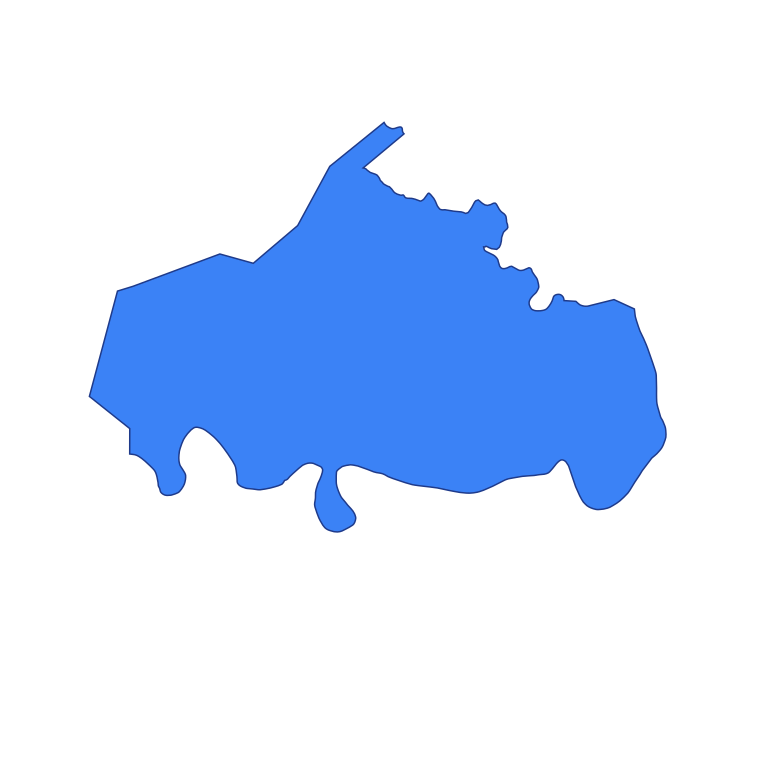 outline of San Manuel, Cortés, Honduras, rotated 52°
{"feature_id": "27666195B93491027211902", "entity_name": "San Manuel", "entity_type": "district", "adm_level": 2, "iso_a3": "HND", "parent_name": "Honduras", "parent_adm1": "Cortés", "projection": "albers", "projection_center": [-87.892, 15.375], "detail": "fine", "context": "isolated", "style": "filled", "palette": "blue", "viewbox_px": 768, "rotation_deg": 52, "n_neighbors": 0, "source": "geoboundaries", "source_scale": "gbopen_adm2", "svg_char_len": 6170}
<svg xmlns="http://www.w3.org/2000/svg" viewBox="0 0 768 768"><g transform="rotate(52 384 384)"><path d="M282.6,627.5L284.9,625.2L286.4,623.8L288.3,622.6L290.4,621.7L293.6,620.7L297.6,619.8L304.5,618.7L308.5,618.2L310.5,618.1L311.7,618.2L313.3,618.5L315.1,619.1L317.3,620.0L320.2,621.5L322.5,622.7L325.3,624.5L326.0,624.7L327.2,624.9L328.2,625.1L330.2,626.0L331.2,626.4L332.0,626.5L333.2,626.4L335.0,625.9L336.7,625.0L338.2,623.6L340.0,621.0L340.7,619.8L342.1,616.0L342.7,613.7L342.9,612.6L342.8,611.2L342.1,608.2L341.0,605.1L339.9,602.9L338.7,601.2L337.0,599.2L335.5,597.8L333.9,596.6L332.8,596.1L331.1,595.7L327.9,595.3L323.1,594.9L321.9,594.6L320.7,594.1L318.5,593.0L315.9,591.2L313.6,589.2L310.9,586.5L309.1,584.1L306.5,580.1L304.4,576.3L303.3,573.4L302.2,569.5L301.4,564.6L301.4,561.6L301.6,560.3L301.9,559.5L302.5,558.5L303.3,557.6L305.5,555.8L307.9,554.3L310.5,553.2L315.1,551.9L320.7,550.7L324.6,550.2L329.9,549.8L335.8,549.8L343.1,550.1L351.6,550.8L356.0,551.5L358.2,552.2L360.9,553.6L366.3,556.8L368.6,558.4L370.5,559.8L371.3,560.2L372.3,560.5L374.0,560.5L375.9,560.0L378.0,559.0L381.1,557.0L382.0,556.2L386.0,552.0L389.8,548.3L391.1,546.7L393.7,542.1L396.0,537.5L397.7,533.5L399.0,530.2L399.9,527.0L400.1,525.8L399.7,523.9L398.8,521.7L399.4,520.1L399.6,518.6L398.9,515.1L398.5,510.8L398.0,503.0L397.9,498.2L398.7,494.9L399.6,492.7L400.4,491.4L401.4,490.1L402.5,489.0L403.3,488.4L409.5,485.1L410.2,484.8L411.2,484.6L412.3,484.7L413.3,484.9L414.0,485.3L415.6,486.9L417.7,489.9L419.6,493.1L421.2,496.4L421.9,497.6L425.3,502.4L427.4,504.8L431.6,508.2L433.2,509.8L435.1,511.9L436.4,513.0L438.4,514.1L444.2,516.2L449.4,517.8L452.3,518.4L457.5,519.1L459.9,519.1L461.2,519.0L462.4,518.7L463.8,518.2L465.3,517.4L466.8,516.4L469.6,514.3L470.9,512.9L471.9,511.8L473.2,509.6L474.0,507.4L474.7,503.9L475.5,499.5L475.9,495.5L475.7,494.0L475.0,492.3L473.9,490.6L472.6,489.1L471.5,488.3L469.4,487.5L468.0,487.1L464.9,486.7L461.8,486.8L457.1,487.2L453.5,487.2L448.2,487.4L446.4,487.3L443.9,486.8L440.5,485.9L438.1,485.1L435.5,484.1L433.2,482.9L431.6,481.8L427.0,478.2L424.5,476.0L423.9,475.4L423.4,474.2L423.2,472.0L423.3,467.9L423.7,466.7L424.9,463.9L427.0,460.2L428.9,458.2L432.5,455.1L441.3,449.5L446.7,446.3L449.0,444.6L452.0,441.8L453.8,440.4L456.0,439.2L459.5,437.8L463.9,435.2L474.8,428.0L480.7,423.7L482.6,422.0L485.5,419.2L493.6,411.0L498.8,405.9L508.1,398.1L512.1,394.6L516.3,390.8L520.6,386.3L522.8,383.6L524.8,380.6L526.6,377.3L527.5,375.2L528.9,371.2L529.9,367.4L531.5,361.1L534.1,347.9L534.6,346.2L535.3,344.3L537.8,339.5L541.9,331.9L545.7,326.1L548.5,322.0L550.9,317.7L553.7,313.3L554.4,311.8L554.8,310.7L555.2,309.0L555.1,307.2L554.4,303.3L552.9,297.0L552.6,294.4L552.6,292.9L552.8,291.6L553.2,290.7L553.8,290.0L555.2,289.1L556.9,288.6L558.2,288.6L561.8,288.9L563.2,289.3L582.9,296.2L592.6,298.6L596.6,299.3L599.7,299.6L602.0,299.4L604.7,299.0L607.0,298.2L609.0,297.2L611.1,295.9L613.4,294.1L614.7,292.7L616.1,290.6L617.8,287.8L619.4,284.3L620.2,281.8L620.7,278.4L621.2,274.0L621.3,270.1L620.9,264.9L620.5,261.9L620.1,259.1L619.2,256.0L615.8,246.9L613.0,238.4L611.3,233.9L607.9,221.1L607.4,219.3L607.2,218.2L607.1,214.8L606.9,211.9L606.1,207.3L605.5,205.0L604.8,203.2L603.8,201.2L601.2,197.0L599.5,194.7L597.3,192.8L593.8,190.4L592.1,189.4L590.5,188.7L585.7,187.3L584.0,186.9L581.4,186.6L579.9,186.2L570.5,182.4L567.7,181.1L565.7,179.9L562.8,177.8L559.9,175.6L555.1,171.8L544.9,164.2L543.4,163.3L541.9,162.6L539.1,161.5L532.4,159.1L517.9,154.2L514.6,153.2L508.1,151.5L499.9,149.7L495.1,148.1L489.6,146.1L485.7,144.5L484.1,143.6L479.0,140.5L459.1,150.8L448.1,175.5L446.9,177.2L445.8,178.4L444.3,179.6L442.6,180.7L440.6,181.3L437.0,181.9L429.1,190.8L428.0,190.1L426.9,189.6L425.7,189.3L424.6,189.3L423.4,189.5L422.4,189.9L421.5,190.5L420.6,191.5L419.9,192.7L419.4,194.1L419.3,195.0L419.4,196.2L419.8,197.0L420.9,198.6L422.0,200.3L423.3,203.1L424.3,206.2L424.6,207.6L424.9,209.3L424.8,210.7L424.4,212.2L423.6,213.9L422.5,215.8L421.1,217.7L419.9,219.1L418.8,220.1L417.5,220.9L416.3,221.5L415.4,221.6L413.8,221.5L411.5,220.9L410.5,220.5L409.8,220.0L408.8,219.2L408.1,218.3L407.2,216.7L406.6,214.9L406.0,211.9L405.7,208.5L405.4,207.2L404.5,205.0L403.9,203.8L403.3,202.8L402.6,202.1L400.8,201.0L398.7,200.0L396.9,199.2L395.4,198.7L393.9,198.5L390.5,198.4L386.9,198.1L385.0,197.4L383.8,197.2L383.2,197.3L382.6,197.5L382.1,197.8L381.6,198.3L380.1,204.0L379.2,205.7L378.3,206.9L377.7,207.4L376.9,207.9L370.1,210.8L369.7,211.1L368.9,212.7L368.4,215.3L367.5,217.6L366.7,218.8L365.7,219.8L364.3,220.3L362.4,220.3L358.2,218.7L356.2,217.8L354.4,217.6L352.5,217.7L351.0,218.0L349.5,218.5L342.5,221.9L340.8,222.4L339.9,222.3L337.3,221.1L338.2,219.9L338.2,218.9L339.3,218.1L341.2,217.3L343.5,216.0L347.3,212.3L347.2,208.9L345.8,206.2L343.5,203.4L341.0,201.1L338.6,197.5L337.9,196.1L337.6,193.4L337.5,191.4L336.8,190.0L334.3,188.5L331.9,187.7L330.2,186.5L327.4,184.9L326.0,184.5L323.9,184.6L321.0,185.4L319.7,185.6L317.3,185.6L311.4,184.7L309.8,185.1L308.9,186.6L308.3,189.5L307.0,192.5L305.0,194.2L302.4,195.2L300.3,195.7L299.1,195.9L297.0,196.4L296.1,199.0L296.5,200.8L298.9,206.2L300.3,210.5L300.7,212.3L299.8,214.7L297.8,215.8L295.9,217.2L290.8,222.6L284.2,228.7L282.8,230.7L281.7,231.7L280.9,232.2L280.4,232.4L278.1,232.4L276.4,232.3L271.6,231.0L268.4,230.5L263.9,230.6L261.7,230.9L261.1,231.4L261.0,232.2L262.8,238.5L262.9,240.5L262.5,242.4L261.9,243.0L257.7,245.6L255.6,247.2L254.5,248.2L252.2,251.0L250.9,252.1L250.3,252.3L249.6,252.5L247.8,252.3L247.0,252.4L246.4,253.1L245.9,254.2L245.0,255.0L242.5,256.7L240.2,257.7L238.4,258.0L235.3,257.9L232.6,258.2L231.7,258.4L230.7,259.2L227.3,260.7L225.5,261.3L224.4,261.1L222.8,261.4L221.4,261.5L220.6,261.4L219.4,261.0L218.5,260.9L216.6,260.8L214.9,260.9L213.3,261.7L208.8,264.6L205.2,265.6L203.4,265.8L201.9,266.6L200.9,267.4L199.2,214.2L198.2,214.3L197.0,214.1L195.8,213.6L194.5,212.7L193.9,212.4L193.1,212.2L192.3,212.3L191.6,212.8L191.0,213.6L190.2,215.4L189.3,218.0L188.8,219.0L188.0,220.2L187.2,220.9L185.1,222.1L182.3,223.1L180.4,223.2L177.9,222.9L179.1,292.7L206.0,354.5L208.4,412.7L180.5,433.3L152.5,521.6L146.7,536.8L212.4,623.8L262.6,611.8L282.6,627.5Z" fill="#3b82f6" stroke="#1e3a8a" stroke-width="1.5"/></g></svg>